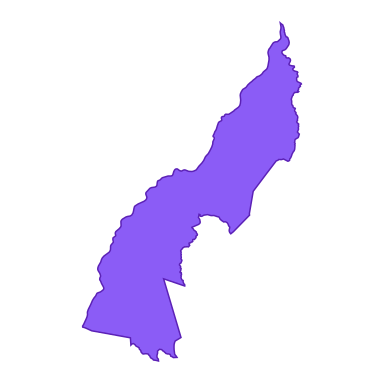 Xique-Xique, Bahia, Brazil
{"feature_id": "56859067B66564392047152", "entity_name": "Xique-Xique", "entity_type": "district", "adm_level": 2, "iso_a3": "BRA", "parent_name": "Brazil", "parent_adm1": "Bahia", "projection": "mercator", "projection_center": [-42.742, -10.906], "detail": "fine", "context": "isolated", "style": "filled", "palette": "violet", "viewbox_px": 384, "rotation_deg": 0, "n_neighbors": 0, "source": "geoboundaries", "source_scale": "gbopen_adm2", "svg_char_len": 5992}
<svg xmlns="http://www.w3.org/2000/svg" viewBox="0 0 384 384"><path d="M82.7,327.1L85.1,327.8L91.7,330.8L130.4,337.8L130.9,345.1L132.1,343.9L133.4,343.6L135.0,344.6L135.5,345.5L136.1,346.1L138.0,347.1L139.1,347.8L139.2,348.7L139.6,349.5L140.4,350.0L140.9,351.0L141.0,351.9L142.5,353.7L143.3,354.0L145.5,353.7L147.2,353.8L148.1,354.0L148.5,354.7L149.8,356.0L150.4,357.4L150.9,358.0L151.6,358.4L152.9,359.2L153.4,360.0L156.1,360.4L158.5,361.0L158.3,359.1L157.3,357.9L157.0,357.1L157.0,355.3L157.6,353.1L157.5,351.1L159.5,349.3L161.7,349.6L162.8,350.9L163.5,351.1L164.7,352.3L165.3,352.7L165.8,353.4L167.7,354.0L168.4,353.9L170.1,354.4L170.8,356.2L172.1,356.7L173.4,357.6L177.0,357.4L176.1,356.0L174.7,354.3L174.1,349.8L174.0,347.0L174.1,344.5L174.6,342.5L175.2,341.0L181.0,337.5L163.6,278.8L184.7,286.0L184.8,285.1L184.5,284.3L183.8,283.8L183.1,281.8L183.1,280.5L182.3,280.1L181.7,279.5L181.0,277.7L181.2,276.5L181.0,275.3L181.5,274.8L181.3,272.8L180.3,272.7L179.9,272.0L180.5,271.4L181.1,268.6L180.3,267.9L180.7,267.1L180.5,266.2L179.5,265.1L179.5,264.2L180.1,263.4L180.9,263.1L181.9,260.6L181.8,259.9L181.3,259.4L181.0,258.6L181.3,257.5L181.0,255.5L181.3,254.6L180.9,253.8L181.1,252.8L181.1,251.8L180.7,251.3L180.7,250.6L182.2,248.8L182.6,248.1L184.6,246.8L185.6,246.9L187.2,246.7L188.4,246.9L189.7,245.4L189.0,243.8L189.3,242.9L190.3,242.9L190.9,242.6L191.4,242.0L192.3,241.9L192.8,241.3L192.7,240.5L192.8,239.6L193.6,239.3L194.3,239.5L194.8,239.0L195.5,238.3L196.1,237.2L195.9,236.2L197.2,235.3L197.4,234.3L196.4,232.9L196.3,232.0L195.0,230.8L194.1,230.3L193.0,228.6L192.4,228.2L191.9,227.3L198.4,224.5L199.5,223.7L200.1,222.8L200.2,222.0L199.7,219.4L198.4,217.4L198.9,215.5L199.0,214.3L200.0,214.6L200.0,215.6L200.4,216.2L201.1,216.4L202.1,216.2L203.8,215.2L207.5,214.6L211.1,215.6L214.0,215.5L217.5,216.7L218.4,216.8L219.1,217.2L220.2,219.3L221.7,220.6L223.8,222.0L225.2,221.7L225.9,222.0L226.9,222.5L227.5,223.2L228.2,224.4L228.4,225.2L229.0,226.3L229.7,227.0L229.7,227.8L229.2,230.0L229.2,231.0L229.7,232.5L230.8,233.8L233.4,231.7L249.6,215.1L249.4,214.3L249.4,213.4L253.2,191.3L266.9,173.1L276.3,160.8L277.4,160.5L278.3,160.0L278.7,159.5L281.5,159.6L283.5,159.0L287.8,161.2L288.7,161.0L289.6,160.3L289.8,158.8L290.7,157.8L291.7,155.4L291.8,154.7L293.1,152.1L294.2,150.7L294.7,149.2L295.0,145.3L294.7,144.5L295.1,143.9L295.0,143.1L294.5,142.4L294.8,141.5L294.9,140.1L295.3,139.3L298.1,137.6L298.5,136.8L299.3,134.1L298.7,133.6L297.4,132.0L298.5,129.3L298.3,127.5L298.7,126.1L298.3,125.1L298.7,124.1L298.0,123.4L297.3,122.9L296.7,121.9L297.0,121.1L297.5,120.6L297.4,119.7L297.8,117.3L297.6,116.3L297.1,115.4L296.3,114.6L295.7,113.7L296.1,113.0L295.8,112.3L295.0,111.6L294.6,110.9L294.7,109.9L295.3,108.6L294.8,108.0L294.1,108.0L293.5,107.5L293.0,106.9L293.0,106.1L292.6,105.3L291.9,104.8L291.7,103.9L291.7,101.2L291.3,99.1L292.4,95.9L293.1,95.3L293.3,94.2L293.9,93.3L294.7,92.4L295.4,92.5L296.3,92.3L297.9,92.3L298.7,91.6L297.7,91.0L297.9,90.3L298.5,89.8L298.6,88.1L300.4,86.3L300.0,85.5L300.4,84.8L301.4,84.0L301.0,83.3L298.0,81.9L297.3,81.5L296.7,80.4L296.6,78.0L296.9,77.3L298.0,76.8L297.9,75.5L297.2,74.2L297.2,73.4L297.8,72.3L297.2,71.7L294.5,71.0L293.2,70.1L292.7,69.1L293.2,68.3L294.4,67.3L294.3,66.2L293.3,65.9L292.1,65.9L290.1,65.3L289.4,65.0L288.9,64.1L290.2,61.5L290.5,60.4L290.4,59.6L290.0,58.8L289.2,58.2L288.5,57.8L287.0,58.0L286.1,57.6L285.7,55.8L283.9,55.2L283.1,54.5L281.9,52.8L282.0,51.7L282.4,50.7L284.9,49.8L285.9,49.0L286.6,48.1L288.6,45.1L289.0,44.1L289.2,42.4L288.9,40.8L288.3,39.2L287.9,37.8L287.1,37.0L286.2,36.9L285.0,34.4L284.8,32.9L284.3,32.1L284.4,30.3L284.1,29.5L283.8,27.7L282.7,24.8L281.3,23.9L280.3,23.0L281.0,26.9L280.9,28.8L280.2,31.8L280.4,34.1L280.9,37.0L280.8,38.0L280.5,38.9L277.7,41.5L276.9,41.8L275.9,41.8L274.6,42.1L273.5,42.7L272.9,43.3L269.8,48.2L269.2,48.8L268.6,50.0L268.2,51.4L268.0,52.4L268.1,53.7L269.0,57.3L269.0,60.0L267.9,66.1L267.3,68.0L266.7,69.1L263.4,71.9L262.1,73.8L260.4,75.3L259.0,76.1L257.2,76.7L256.3,77.4L255.7,78.2L253.2,80.1L251.7,81.6L250.4,82.5L248.0,84.7L246.0,87.4L242.7,89.5L241.2,92.0L240.4,93.9L240.2,95.3L240.7,100.2L240.4,103.3L239.8,105.5L238.5,107.2L234.5,110.1L234.0,110.8L230.0,113.5L228.9,114.2L228.1,114.3L225.7,114.2L225.1,114.6L224.7,115.1L224.4,116.0L223.8,116.4L222.3,116.6L221.6,117.1L221.3,118.0L221.7,119.4L221.7,120.3L221.2,120.8L219.0,122.0L218.4,122.8L217.4,125.6L216.4,129.0L215.9,130.1L214.8,131.8L214.1,133.8L213.1,135.8L213.1,136.6L214.0,137.2L214.3,137.9L214.2,138.8L212.9,141.7L212.7,144.2L211.8,146.9L210.1,150.4L208.3,153.6L206.3,155.7L205.3,157.0L203.7,160.5L201.9,163.0L198.9,166.2L196.7,169.3L195.9,170.1L193.9,171.0L193.0,171.3L191.9,171.5L188.6,171.3L185.3,170.0L184.4,169.9L183.4,170.1L181.9,170.9L181.1,171.1L179.5,170.5L177.5,169.0L176.7,168.9L175.9,169.0L175.3,169.3L174.6,170.0L173.8,171.5L172.9,174.5L172.5,175.2L172.0,175.7L170.9,176.0L168.1,176.0L162.7,177.6L161.8,178.1L160.5,179.5L159.8,180.1L158.1,180.7L157.6,181.2L157.3,182.2L156.9,185.4L156.4,186.2L155.7,186.7L154.9,187.1L151.4,187.6L149.9,188.3L146.4,192.1L145.9,192.9L145.8,193.7L145.9,194.4L146.9,197.3L146.5,199.0L145.9,199.8L145.0,200.6L144.0,201.3L138.2,203.9L135.0,206.0L134.5,206.6L134.0,208.3L133.5,211.1L133.0,213.0L131.7,215.1L130.2,216.0L127.4,216.5L125.9,217.0L122.5,219.1L121.8,219.8L121.2,220.6L120.9,221.6L121.1,225.5L120.9,226.5L120.5,227.2L119.2,228.7L115.8,231.6L115.3,232.8L115.3,234.0L115.7,235.0L115.6,235.9L113.1,237.8L112.9,238.7L112.9,239.8L113.3,241.6L113.3,242.3L111.1,244.9L110.6,246.0L110.5,249.2L110.3,250.4L109.2,252.2L104.0,256.0L102.4,257.8L101.5,259.5L100.7,262.1L98.4,266.1L97.8,268.1L97.8,269.6L98.2,270.7L99.8,273.3L100.5,275.3L100.6,276.2L100.4,276.9L99.9,277.9L99.7,279.1L99.8,279.9L100.6,281.1L101.5,283.4L103.6,287.3L103.8,288.4L103.7,289.1L102.8,290.2L100.5,291.9L97.7,292.9L96.9,293.4L95.7,295.9L93.9,298.1L92.5,300.4L90.6,304.8L88.3,309.4L87.4,312.1L87.5,314.8L87.1,316.6L86.5,318.2L83.6,324.5L82.6,326.1L82.7,327.1Z" fill="#8b5cf6" stroke="#5b21b6" stroke-width="1.5"/></svg>